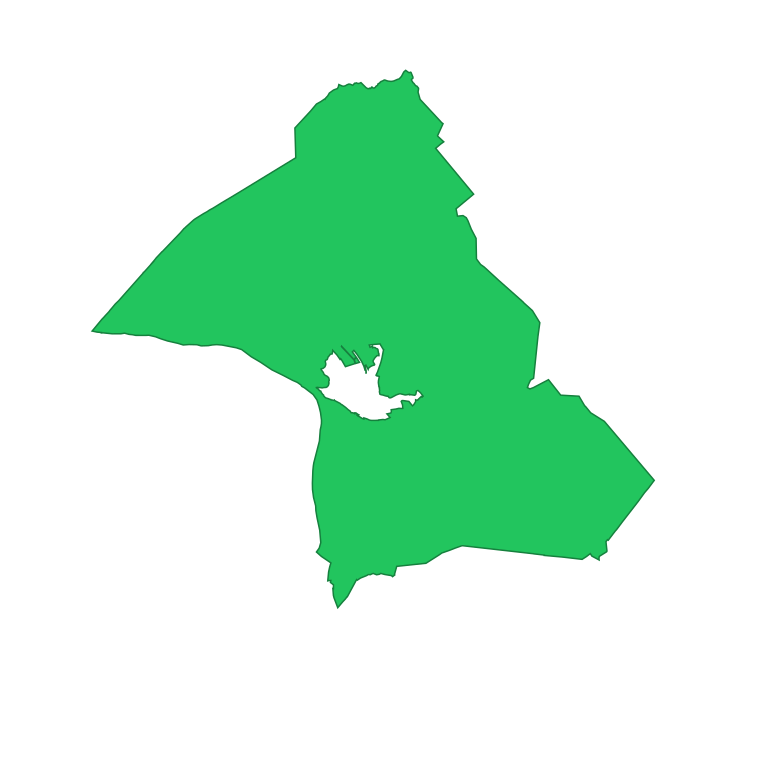 outline of Kokneses pag., Kokneses, Latvia, rotated 54°
{"feature_id": "27541924B28822994626214", "entity_name": "Kokneses pag.", "entity_type": "district", "adm_level": 2, "iso_a3": "LVA", "parent_name": "Latvia", "parent_adm1": "Kokneses", "projection": "albers", "projection_center": [25.417, 56.656], "detail": "fine", "context": "isolated", "style": "filled", "palette": "green", "viewbox_px": 768, "rotation_deg": 54, "n_neighbors": 0, "source": "geoboundaries", "source_scale": "gbopen_adm2", "svg_char_len": 6099}
<svg xmlns="http://www.w3.org/2000/svg" viewBox="0 0 768 768"><g transform="rotate(54 384 384)"><path d="M620.8,222.0L543.7,227.7L528.8,233.7L520.4,234.2L519.9,234.5L508.5,233.4L496.9,247.6L477.2,248.4L474.8,264.8L474.8,265.1L473.7,268.9L471.2,270.1L469.3,267.4L467.0,263.2L467.3,259.6L435.9,231.4L426.0,221.9L411.9,220.8L400.5,223.2L399.2,223.3L367.5,230.3L348.2,234.2L344.1,235.6L337.2,235.7L320.3,223.9L310.1,222.4L301.1,220.1L297.8,219.7L294.2,221.1L291.4,225.9L284.6,222.7L283.1,199.9L223.7,203.7L223.2,197.5L223.2,193.3L215.1,194.9L214.6,194.7L208.1,183.2L206.5,183.7L175.0,187.5L167.9,184.9L165.7,182.7L165.0,182.2L162.4,182.3L161.4,183.0L160.6,183.1L158.4,183.1L156.9,183.5L156.0,183.2L154.6,183.3L153.7,182.7L153.7,181.1L153.4,180.7L152.7,180.2L147.8,179.0L147.3,179.3L146.9,180.7L146.4,181.0L143.0,182.1L143.1,184.0L143.3,184.8L145.4,189.0L145.9,191.4L146.0,192.8L145.5,193.9L144.6,197.9L143.8,199.7L143.2,200.6L141.2,202.8L138.5,204.7L138.1,205.6L138.0,207.0L137.5,208.7L137.7,209.4L137.6,209.9L138.0,210.8L137.6,212.2L138.6,213.8L138.4,215.3L138.8,216.5L138.9,217.3L138.7,218.3L137.7,219.0L136.6,219.2L136.6,219.9L137.0,220.7L137.0,221.2L136.3,221.6L136.1,222.0L136.3,222.4L135.7,223.4L133.9,224.3L126.6,225.5L126.3,227.1L125.6,228.4L124.0,229.5L123.9,230.5L123.7,231.0L123.4,231.1L124.0,233.7L121.8,235.0L120.7,236.1L120.2,238.0L120.0,240.1L119.2,241.9L118.3,242.7L115.2,244.5L117.0,246.6L117.6,248.2L116.8,250.8L116.5,252.1L116.5,257.2L117.8,260.1L118.4,263.2L119.0,264.4L118.5,264.6L118.4,269.0L117.8,274.1L120.0,282.9L124.5,305.6L149.1,322.4L143.6,390.9L142.0,408.6L141.2,419.3L140.7,422.8L140.6,426.0L140.1,429.8L139.4,439.7L139.4,441.5L140.4,451.5L140.7,453.5L140.7,454.4L142.0,459.9L146.6,485.7L146.5,485.9L148.1,494.2L148.7,496.2L149.7,500.3L149.8,500.0L152.4,512.2L152.3,513.2L152.7,513.6L160.7,549.8L161.3,554.2L163.5,563.1L163.7,563.3L164.9,569.6L165.1,570.2L165.8,574.1L169.6,589.0L173.3,585.7L176.3,582.3L176.6,582.6L177.5,581.2L183.6,574.4L188.8,567.2L190.4,564.0L194.0,561.1L196.3,558.5L198.7,556.3L204.5,548.4L206.3,545.6L211.6,541.0L216.1,538.1L222.0,533.8L230.0,526.8L234.4,523.5L237.5,518.5L242.3,512.2L245.7,509.5L249.7,503.6L251.5,499.9L253.8,496.2L257.3,492.1L267.9,482.2L272.5,478.9L283.9,475.4L293.8,471.1L306.6,466.4L317.6,460.6L327.1,455.9L331.7,453.2L335.8,451.8L337.6,451.9L340.3,450.6L350.8,447.5L357.5,447.6L363.9,449.7L369.7,452.1L376.5,455.8L379.3,457.9L381.3,459.9L383.5,462.4L392.2,469.8L406.5,487.1L408.7,489.3L412.3,492.5L422.1,500.2L427.4,503.9L434.4,507.7L442.4,510.9L446.5,513.6L452.9,516.8L464.6,522.0L475.2,528.4L478.7,532.9L480.2,537.4L486.7,536.0L497.5,532.1L500.0,535.4L503.6,539.4L510.2,545.2L510.6,544.2L511.7,542.5L513.1,544.0L516.7,542.9L519.9,545.2L519.4,545.6L519.6,545.7L525.3,549.2L527.6,550.1L537.8,552.9L536.0,545.6L535.2,541.5L534.4,539.0L534.6,538.8L526.1,521.1L527.0,520.9L527.2,517.0L528.8,510.6L528.9,508.8L530.3,507.0L530.4,506.0L530.4,505.8L530.9,504.1L534.0,502.1L535.1,499.8L535.3,499.1L535.3,498.0L538.6,495.3L543.4,490.6L544.9,490.3L544.8,487.8L544.6,487.9L539.0,480.9L553.7,455.4L554.7,439.4L554.7,436.6L557.0,429.0L558.7,422.5L560.5,416.5L561.0,415.5L609.4,362.6L609.5,362.6L616.5,355.0L616.8,355.2L629.3,340.9L642.3,326.8L642.6,321.5L642.5,318.5L642.5,316.8L645.4,317.0L652.8,313.4L651.2,312.4L650.0,311.1L650.6,302.5L650.2,301.8L642.0,297.1L641.3,294.7L642.2,294.4L638.9,283.4L638.5,281.4L635.7,272.4L628.5,247.6L625.1,237.2L623.8,231.7L620.8,222.0ZM408.0,379.2L408.2,380.3L411.8,381.3L414.8,383.1L414.7,383.4L412.4,386.3L411.3,389.0L409.0,393.3L410.8,394.4L411.5,395.6L409.9,399.2L414.7,398.8L413.6,404.1L412.1,405.7L409.9,409.6L410.2,409.8L406.2,415.4L404.9,416.8L402.2,418.3L399.6,420.2L400.5,420.9L399.0,421.9L396.2,423.0L394.9,423.8L394.2,422.4L393.3,422.9L394.1,423.8L393.1,424.2L392.4,423.2L390.9,423.7L390.1,424.7L390.8,425.2L389.0,426.1L387.9,427.5L386.1,427.3L383.7,428.1L380.4,428.8L376.0,430.2L375.8,430.5L373.9,430.9L368.3,433.7L367.8,433.6L367.8,434.0L367.5,434.5L366.5,435.3L365.9,436.1L365.3,436.1L365.0,436.5L363.2,437.6L360.8,439.4L358.5,439.8L357.4,439.4L356.4,439.7L354.0,439.7L352.6,439.3L351.6,440.0L349.5,440.2L347.4,440.9L347.1,440.8L347.5,439.9L348.9,438.5L349.9,437.1L350.7,436.5L351.5,434.8L352.7,432.9L352.9,431.6L352.5,429.9L351.4,428.4L351.1,428.4L350.7,427.8L350.2,427.8L349.4,427.2L349.2,426.6L349.0,426.3L347.9,425.6L346.4,425.1L344.4,425.4L342.5,426.4L341.0,426.8L338.9,426.3L335.5,426.4L334.8,426.1L335.0,425.3L335.5,424.4L335.5,422.6L335.4,421.7L334.3,419.9L333.2,419.1L331.3,418.3L330.8,417.7L330.5,417.0L330.8,415.9L330.7,415.3L329.3,413.4L328.8,411.0L328.3,410.2L329.2,408.2L326.6,405.7L333.0,405.0L338.3,405.1L338.0,404.2L339.1,404.1L347.3,405.0L350.5,395.3L347.0,394.1L328.7,396.4L328.5,396.1L346.7,393.9L346.8,393.7L346.4,392.7L346.0,392.3L346.1,391.9L346.5,392.0L346.4,392.3L347.1,393.8L350.7,395.0L352.1,391.1L346.3,390.7L339.4,390.7L339.1,388.6L344.1,388.4L352.4,388.8L357.7,389.8L361.7,391.2L362.0,390.7L362.6,390.8L364.5,392.1L364.6,391.9L362.6,390.6L359.2,389.2L358.0,389.0L358.1,387.5L362.8,388.2L362.2,387.5L362.0,386.4L362.0,384.2L362.3,382.7L363.0,380.6L362.6,380.0L359.8,379.8L358.7,379.1L357.5,376.1L356.9,373.0L358.1,371.4L356.8,370.5L356.7,370.7L352.4,368.6L351.4,368.8L350.8,369.4L349.1,369.9L348.0,371.4L348.0,371.7L346.7,371.1L346.1,373.7L343.8,373.0L346.3,368.5L349.0,364.1L349.1,363.7L355.7,364.3L356.0,364.1L356.7,365.0L361.9,370.5L364.8,374.0L370.5,382.2L372.1,385.1L372.7,384.8L372.8,385.2L373.3,385.0L374.7,383.6L375.2,383.4L378.0,386.5L379.6,387.8L382.0,389.1L383.5,389.5L383.4,389.8L384.6,390.0L384.7,390.3L386.9,391.5L387.2,392.0L388.2,392.6L389.9,393.3L390.9,392.7L392.3,391.4L394.6,389.7L395.9,388.5L396.2,387.9L398.0,387.9L398.8,387.3L399.3,386.0L400.1,380.3L400.8,377.9L401.3,376.7L405.1,373.5L405.7,372.7L407.3,369.4L407.8,369.7L408.5,368.5L411.2,365.7L411.1,364.7L410.9,364.2L408.7,361.8L409.2,360.3L412.5,359.6L416.8,359.5L417.0,361.0L416.0,361.2L416.7,366.3L417.3,365.7L415.9,367.4L415.4,367.7L416.6,368.6L417.1,369.3L418.3,372.3L418.4,373.8L412.7,374.1L408.5,378.4L408.0,379.2Z" fill="#22c55e" stroke="#15803d" stroke-width="1.5"/></g></svg>